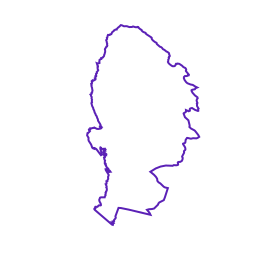 Grýtubakkahreppur, Norðurland eystra, Iceland, rotated 37°
{"feature_id": "244011B60639573794911", "entity_name": "Grýtubakkahreppur", "entity_type": "district", "adm_level": 2, "iso_a3": "ISL", "parent_name": "Iceland", "parent_adm1": "Norðurland eystra", "projection": "robinson", "projection_center": [-18.134, 65.987], "detail": "fine", "context": "isolated", "style": "outline", "palette": "violet", "viewbox_px": 256, "rotation_deg": 37, "n_neighbors": 0, "source": "geoboundaries", "source_scale": "gbopen_adm2", "svg_char_len": 5792}
<svg xmlns="http://www.w3.org/2000/svg" viewBox="0 0 256 256"><g transform="rotate(37 128 128)"><path d="M151.1,213.4L173.4,214.8L174.2,214.5L173.9,213.8L173.3,213.5L173.3,213.3L173.5,213.0L173.2,213.0L173.4,212.8L172.7,212.7L172.9,212.6L172.7,212.6L172.6,212.2L172.4,212.2L172.9,212.0L173.0,211.8L172.8,211.7L173.1,211.6L173.0,211.3L173.0,210.7L172.4,210.2L172.2,209.6L172.4,207.8L172.2,207.0L171.1,206.1L168.5,197.5L170.5,196.2L177.6,192.8L198.2,183.8L196.5,182.9L192.4,181.9L193.7,180.2L195.9,178.3L197.3,176.6L198.1,171.1L197.7,170.0L197.8,168.6L200.0,164.1L199.2,161.2L196.0,152.0L193.3,153.2L191.9,153.4L187.2,152.8L185.0,153.0L183.2,152.5L181.8,151.0L179.7,150.2L176.9,149.7L172.2,149.5L174.5,143.6L177.2,139.2L180.8,135.2L186.4,131.3L186.9,130.1L188.9,128.8L189.6,128.1L190.1,127.2L189.9,126.8L188.6,125.7L188.5,125.3L188.8,124.7L190.1,123.6L190.8,121.9L190.5,120.5L190.1,119.6L189.5,118.8L188.5,118.4L188.3,117.8L187.7,114.0L186.9,113.2L186.6,112.6L186.9,111.1L186.7,110.5L185.9,109.6L185.0,109.0L181.6,107.7L181.4,107.4L182.5,105.6L182.5,105.1L181.2,102.8L181.1,100.8L181.1,100.4L181.5,100.1L184.7,98.7L186.1,97.0L189.0,95.0L189.7,93.7L190.2,92.2L188.3,91.3L183.5,90.0L182.5,89.9L178.6,90.5L176.4,90.2L176.1,89.4L175.5,88.7L171.6,85.5L167.0,85.1L163.7,83.0L163.6,82.7L164.3,81.1L164.5,80.1L164.4,79.8L163.5,78.8L166.4,78.1L167.0,76.9L166.0,75.9L165.9,75.3L166.0,74.9L167.1,73.5L170.6,73.2L173.6,72.3L173.8,72.0L173.6,71.7L172.5,70.5L172.6,70.0L170.1,69.0L169.6,68.6L169.0,67.6L168.3,67.1L168.4,66.2L167.4,65.7L166.2,64.7L165.7,63.5L165.8,62.4L165.0,61.7L161.8,61.7L158.3,61.0L156.4,60.1L156.0,59.6L156.3,58.8L158.0,56.9L158.1,56.5L158.0,55.5L158.9,54.0L156.7,54.4L153.8,54.6L151.8,55.6L148.5,56.5L146.9,56.4L144.3,55.6L142.6,54.6L142.0,53.6L142.2,52.3L143.5,51.3L144.1,50.5L144.2,50.0L144.8,49.4L144.6,49.0L144.2,49.2L143.7,49.0L143.8,48.6L140.0,47.7L139.7,47.4L139.5,46.5L138.7,45.9L137.7,45.6L135.5,46.0L133.7,45.7L130.4,45.9L128.8,46.7L128.5,47.0L128.5,47.4L127.7,47.9L127.8,48.6L128.1,49.1L128.1,50.1L127.9,50.6L126.7,51.7L125.5,52.0L122.8,52.0L121.1,51.7L120.1,51.2L119.9,50.3L119.0,49.2L119.0,48.5L118.7,47.6L118.1,47.2L118.2,46.8L117.9,46.5L118.1,45.5L117.6,44.9L116.7,44.6L116.0,43.8L115.5,43.5L113.7,43.5L112.7,43.8L110.0,43.7L108.5,44.0L106.8,43.5L105.6,43.5L104.5,43.9L100.5,43.6L99.5,42.8L98.1,43.1L95.5,43.1L93.9,42.8L93.0,42.3L92.8,41.8L92.1,41.6L86.7,42.0L85.3,41.9L84.9,41.5L84.0,41.6L82.6,42.1L81.2,42.1L80.2,41.9L79.8,41.5L78.3,41.7L76.6,41.6L75.4,41.2L74.7,41.6L74.7,42.0L73.3,43.0L70.9,43.9L70.4,44.9L68.3,46.6L65.8,47.4L63.5,49.2L61.2,49.7L60.3,50.2L60.1,52.1L59.6,54.0L59.5,55.5L59.7,56.2L59.1,56.5L58.7,57.0L58.6,57.5L58.3,58.0L58.3,58.5L58.1,58.7L58.2,59.1L57.7,61.1L58.2,63.1L57.4,63.9L57.3,64.2L57.5,64.4L57.2,64.9L56.0,65.7L56.3,66.8L56.9,67.8L56.8,68.7L57.7,69.4L57.7,71.0L59.1,71.9L59.8,72.7L60.5,73.0L60.9,73.8L61.8,74.5L62.1,75.3L61.8,75.8L62.0,76.2L61.8,76.8L62.0,77.5L62.0,78.5L62.2,79.1L62.7,79.4L64.0,81.0L64.1,81.5L64.8,83.0L64.9,83.8L65.5,84.8L65.5,86.7L65.2,86.9L65.0,88.0L64.7,88.2L65.2,88.6L65.2,88.9L64.6,89.6L64.3,90.9L64.9,91.6L65.0,92.1L66.1,93.2L65.6,94.1L64.7,94.7L64.7,95.0L64.2,95.1L66.0,96.4L66.8,96.6L67.2,97.3L67.0,97.7L67.7,98.4L67.8,98.6L68.3,99.2L69.4,99.7L69.5,100.8L69.4,102.2L70.1,102.8L69.9,104.1L71.2,105.4L71.0,105.7L71.2,105.9L70.8,106.4L71.9,107.5L71.6,108.2L72.6,108.5L72.8,108.8L72.3,110.2L71.2,111.0L71.5,111.6L70.9,111.8L70.8,112.4L72.2,113.7L72.3,114.0L72.0,114.7L72.6,115.0L72.6,115.5L73.0,115.9L73.3,115.9L73.9,116.8L75.2,117.6L75.9,118.4L77.0,119.3L77.5,120.4L77.8,120.8L77.7,121.9L78.4,122.4L78.3,122.9L77.9,123.8L78.3,123.9L79.5,124.8L80.4,125.1L81.1,126.3L82.3,127.1L82.6,127.9L83.3,128.6L83.4,129.0L83.9,129.3L83.8,130.2L86.3,132.1L88.2,133.0L88.9,133.7L90.4,134.4L92.2,135.8L93.3,136.2L94.6,137.1L95.8,137.4L97.5,138.6L98.6,139.1L99.7,140.2L103.1,141.5L104.4,142.2L104.9,142.8L104.5,143.6L104.7,143.9L104.9,143.8L104.7,143.6L105.2,143.0L105.9,143.1L105.7,143.3L105.3,143.3L105.8,143.4L106.0,143.1L106.6,143.3L106.8,144.2L106.5,144.9L105.1,146.4L104.7,146.3L105.0,146.4L104.9,146.6L103.7,147.4L101.0,147.9L101.1,148.2L100.0,149.0L99.1,150.2L98.2,150.9L98.5,151.1L98.7,151.7L97.7,152.4L97.7,152.8L98.4,153.3L99.5,153.5L99.4,154.9L98.8,156.2L99.0,156.4L98.8,156.6L99.0,157.0L99.8,158.5L102.4,159.6L103.5,161.2L104.4,161.9L108.5,163.4L111.2,165.2L112.3,165.3L113.3,165.0L112.7,164.5L113.3,164.1L115.4,163.9L122.8,166.0L123.3,164.8L122.6,164.7L122.6,164.4L122.0,164.2L120.4,162.7L118.4,161.3L117.8,160.5L117.7,160.1L118.3,160.0L118.6,160.5L119.9,160.4L120.7,159.5L121.8,159.6L121.7,158.9L122.0,158.4L122.3,158.5L122.1,158.7L122.2,158.9L123.0,158.8L123.2,159.5L123.6,159.9L122.8,160.5L122.1,160.6L122.2,161.0L123.6,161.8L126.4,161.9L126.6,162.1L126.5,162.5L126.8,162.8L126.0,163.2L126.3,163.6L125.4,163.9L123.4,163.6L126.6,164.5L127.1,165.2L126.6,165.8L126.6,166.1L127.8,166.9L128.1,167.4L129.3,167.8L129.8,169.0L130.3,169.6L130.6,169.9L131.6,169.9L132.8,171.1L133.7,171.3L133.0,171.4L134.2,172.0L137.0,172.5L137.2,172.8L137.1,173.0L137.3,173.1L139.2,173.1L140.1,173.4L139.6,173.7L139.8,174.1L139.5,174.4L138.8,174.6L136.4,174.3L135.8,174.6L135.2,174.1L134.9,174.4L135.6,175.0L140.7,177.0L141.0,177.3L141.5,179.1L142.8,180.5L143.0,182.0L143.5,182.8L142.8,183.5L144.2,185.1L144.4,185.8L144.0,186.3L146.1,187.5L146.4,188.0L146.4,188.5L147.2,188.8L148.4,190.2L148.8,191.6L148.7,191.9L149.0,192.2L148.9,193.0L149.6,193.6L149.9,194.7L150.5,195.0L150.7,196.0L150.7,196.5L151.1,197.4L148.1,199.7L147.6,200.5L148.3,202.8L149.5,203.8L151.7,204.8L152.8,205.8L152.8,206.1L152.4,206.6L151.3,207.3L151.1,208.0L151.1,209.1L150.9,209.5L149.4,210.5L149.4,211.1L150.3,211.6L150.3,212.4L149.8,212.8L150.1,213.2L151.1,213.4ZM124.2,162.5L124.7,162.6L124.5,162.4L124.2,162.5Z" fill="none" stroke="#5b21b6" stroke-width="2"/></g></svg>